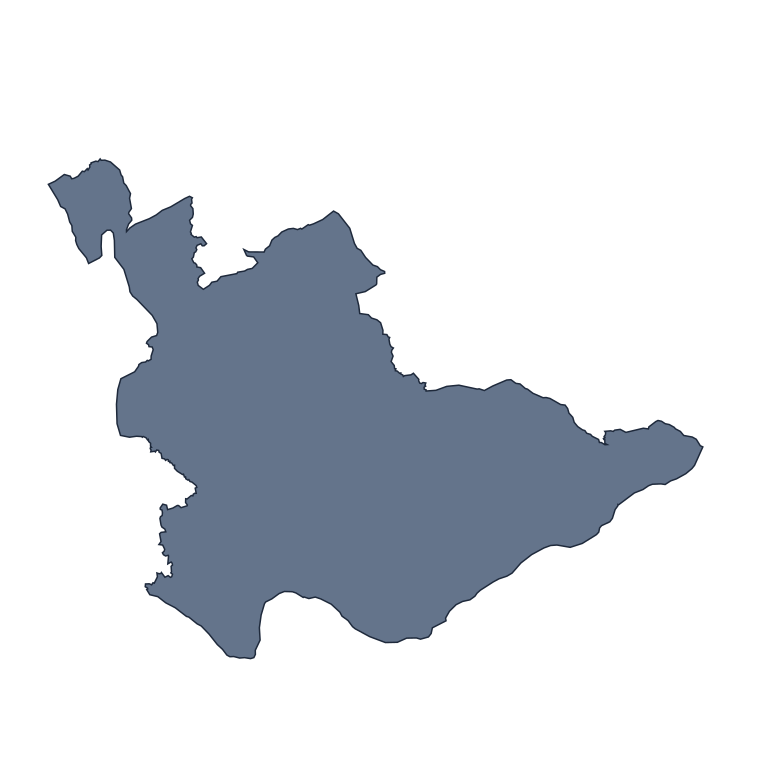 outline of Lawra, Upper West, Ghana, rotated 263°
{"feature_id": "2480657B49975124320145", "entity_name": "Lawra", "entity_type": "district", "adm_level": 2, "iso_a3": "GHA", "parent_name": "Ghana", "parent_adm1": "Upper West", "projection": "mercator", "projection_center": [-2.802, 10.62], "detail": "fine", "context": "isolated", "style": "filled", "palette": "slate", "viewbox_px": 768, "rotation_deg": 263, "n_neighbors": 0, "source": "geoboundaries", "source_scale": "gbopen_adm2", "svg_char_len": 6155}
<svg xmlns="http://www.w3.org/2000/svg" viewBox="0 0 768 768"><g transform="rotate(263 384 384)"><path d="M551.4,328.2L547.8,321.3L548.7,320.2L547.8,317.0L549.5,313.0L549.5,307.9L547.3,301.0L543.9,296.8L542.8,293.5L540.5,290.3L535.1,287.3L532.3,282.7L529.6,281.1L531.6,265.8L534.6,261.3L528.5,263.2L527.6,264.0L526.0,270.1L519.7,273.5L514.8,267.3L514.4,262.5L513.1,259.4L512.8,252.4L511.5,251.4L510.4,235.2L506.4,230.8L506.0,225.5L503.2,222.8L500.0,216.2L504.5,211.6L507.9,211.1L509.8,212.5L511.3,212.3L513.4,214.1L515.8,219.4L521.8,216.2L523.0,212.5L524.8,212.7L526.8,211.5L527.6,210.0L531.7,208.5L533.2,210.3L537.5,211.7L538.1,213.2L540.2,214.6L542.0,213.9L544.4,215.4L545.5,219.3L543.3,220.5L543.1,222.3L544.9,225.0L552.2,220.6L552.0,216.3L553.2,215.5L552.9,213.6L556.0,210.7L557.1,211.1L558.5,210.4L564.8,213.2L566.5,211.5L570.2,211.0L572.7,214.2L576.0,215.4L581.4,215.7L584.5,213.8L585.8,214.0L587.0,215.5L590.9,215.5L592.2,216.5L594.0,213.8L592.4,208.8L585.8,193.8L583.4,185.1L579.6,178.6L576.7,171.2L573.0,156.8L569.9,150.9L566.6,147.0L568.5,147.2L573.9,150.0L577.3,153.6L579.6,153.7L584.1,151.3L585.4,151.6L588.9,154.7L599.4,154.1L603.8,155.6L612.4,152.3L615.2,150.2L621.5,149.8L623.7,148.5L628.6,147.7L637.7,139.6L640.2,134.3L640.5,130.5L642.0,129.7L639.6,127.3L640.3,125.1L639.2,120.2L638.3,120.2L637.3,118.5L635.2,118.5L632.5,116.3L633.9,115.7L631.3,112.5L632.0,110.5L627.5,105.7L625.9,101.3L625.8,99.0L628.5,97.9L630.9,92.2L625.4,82.3L623.1,75.2L606.7,82.6L599.6,84.7L596.7,88.8L591.2,90.7L583.1,91.8L579.3,93.5L573.5,93.2L567.2,96.0L563.9,95.4L559.9,96.1L555.6,97.6L545.5,104.0L539.6,105.5L543.8,116.9L546.0,119.6L555.0,120.0L566.4,121.9L570.4,127.8L570.0,131.4L566.9,133.7L559.5,133.9L542.5,132.2L529.5,139.8L511.5,143.0L506.5,143.1L501.9,145.3L498.1,149.0L480.4,162.3L471.6,166.0L462.7,165.7L459.8,164.2L458.9,159.0L455.1,154.1L453.4,153.2L451.7,155.1L449.7,155.3L449.0,158.4L446.2,159.1L440.2,156.3L436.9,155.8L435.7,153.0L436.3,151.9L434.9,150.1L434.8,146.1L433.2,143.1L431.5,142.5L426.5,138.0L421.3,123.5L410.9,119.1L396.5,116.0L377.1,114.2L365.1,116.2L362.2,124.9L362.3,132.0L361.3,137.3L360.6,137.6L361.2,138.7L359.7,141.2L357.3,142.5L357.7,143.3L355.6,143.4L353.6,145.1L351.0,144.7L349.6,145.4L349.7,144.6L348.3,144.1L346.8,144.8L345.1,144.2L345.2,148.3L344.4,148.8L346.2,150.4L345.5,152.3L343.7,152.5L342.3,154.3L337.3,154.6L336.4,157.1L334.8,157.9L335.6,159.4L335.1,160.6L333.5,160.6L333.4,162.1L332.1,161.9L331.5,163.6L328.8,165.0L328.9,166.2L325.8,165.8L322.5,168.3L318.7,173.0L318.9,174.0L316.0,174.6L316.0,175.7L314.1,175.7L312.5,177.7L312.9,178.6L310.9,179.5L310.0,181.5L306.1,185.2L304.2,185.6L303.6,183.9L298.4,184.3L298.6,182.7L297.8,181.2L296.3,180.7L296.8,179.1L293.9,174.6L294.3,173.2L290.5,172.6L287.9,174.1L287.1,173.7L286.0,167.5L288.4,165.3L288.6,164.0L286.6,159.3L285.7,153.9L290.2,153.4L291.7,149.8L288.2,146.7L286.8,146.7L285.9,148.3L283.1,148.4L280.5,147.8L279.5,146.0L277.8,145.2L271.2,145.5L269.1,146.1L266.7,148.8L263.9,149.4L263.9,144.7L262.7,143.0L254.8,143.5L252.1,141.0L251.1,144.7L246.7,146.2L244.8,145.4L243.5,143.5L241.4,144.3L239.9,146.3L240.3,148.9L239.6,149.2L231.8,147.5L233.1,150.5L233.1,151.3L231.7,151.9L230.1,152.0L229.0,150.5L223.4,150.2L222.5,149.4L221.0,150.9L218.6,149.8L218.1,148.5L220.1,146.4L218.9,143.0L224.0,140.1L223.2,139.6L223.1,137.6L224.1,135.6L220.2,135.6L214.3,131.7L214.9,130.5L213.0,128.9L214.3,126.7L214.6,122.9L211.9,122.3L210.2,124.4L209.3,124.5L208.9,123.4L203.4,125.9L200.5,133.6L193.4,140.7L187.3,149.6L177.4,159.6L176.5,161.8L168.7,169.3L166.1,173.1L156.9,180.0L145.7,186.8L140.3,191.4L134.1,195.0L132.1,197.8L131.8,201.7L129.6,207.3L129.4,212.2L127.7,218.1L128.3,221.5L131.3,223.4L135.4,223.8L144.9,229.8L157.3,230.6L169.7,233.9L180.5,238.6L182.1,240.0L184.4,246.5L188.8,254.4L190.2,259.8L189.0,267.7L187.3,271.2L182.0,277.8L182.4,278.6L180.2,283.3L180.9,289.8L178.4,295.0L171.9,304.8L162.9,312.4L158.7,314.0L153.6,319.5L147.0,323.2L144.5,325.6L135.0,339.0L127.2,353.9L126.0,365.8L129.0,375.5L128.0,385.2L126.3,389.1L127.5,397.3L130.6,400.4L136.1,402.3L141.4,416.7L144.2,416.6L150.5,421.3L156.2,428.7L158.6,435.5L159.3,443.0L162.3,448.4L165.0,450.8L167.6,454.5L174.2,468.2L176.6,474.3L178.3,482.6L180.7,488.1L189.7,498.1L196.7,509.8L201.8,522.8L203.4,529.7L203.1,536.0L199.2,548.9L201.6,561.4L208.6,576.5L210.8,579.1L214.9,580.5L216.9,582.7L219.7,591.3L222.8,594.3L231.2,598.1L234.4,601.1L235.8,601.5L235.4,601.9L245.4,619.3L247.7,628.2L250.8,634.2L251.8,638.2L251.1,646.7L250.0,650.8L252.9,656.7L254.2,662.7L258.2,672.6L262.5,679.3L265.4,682.3L282.7,692.8L284.2,690.4L291.1,687.2L293.8,683.5L296.4,675.2L300.8,672.4L304.0,667.8L305.6,666.8L309.0,662.2L310.3,658.3L313.2,654.9L314.4,651.5L313.6,649.2L309.2,641.7L307.2,640.9L308.5,636.0L306.5,618.2L310.2,612.9L310.1,607.4L309.0,605.7L309.9,603.3L310.1,597.4L308.7,598.1L306.5,597.5L305.1,596.1L304.2,596.8L303.1,595.1L302.1,595.5L302.2,596.4L298.1,596.0L296.7,598.0L296.8,595.9L299.4,592.6L299.7,590.7L302.8,590.2L306.7,584.3L308.8,582.9L310.4,579.2L313.3,577.7L314.3,575.4L318.1,571.1L322.8,568.1L327.9,567.3L332.6,564.0L337.2,563.3L341.0,561.2L342.1,556.8L349.4,547.0L350.8,543.3L351.0,540.2L356.6,530.7L361.4,525.8L362.3,523.7L367.5,519.0L368.6,514.9L372.8,510.5L373.0,506.3L368.8,491.8L365.3,482.8L367.6,477.9L367.6,475.8L373.7,458.2L374.0,446.0L371.4,434.8L371.9,424.9L373.2,425.0L373.9,423.3L375.9,423.4L376.8,425.1L377.7,424.5L379.9,425.6L380.7,422.9L379.9,421.3L380.5,419.6L382.9,418.8L384.4,419.1L391.1,414.5L389.8,411.9L389.8,405.6L389.1,404.1L390.6,403.8L391.9,401.9L392.9,402.0L392.7,400.8L395.2,398.7L395.8,396.9L397.7,397.6L397.9,396.4L401.2,396.4L405.4,393.8L410.6,396.4L414.5,395.2L416.5,395.8L418.6,397.7L420.1,395.6L422.9,394.6L427.9,394.4L429.5,395.3L430.2,393.9L432.7,392.9L433.6,388.9L437.5,389.5L445.2,388.1L448.6,384.8L451.0,379.6L454.7,376.9L456.9,368.5L465.0,368.5L477.0,367.1L478.0,376.7L483.3,388.1L484.2,388.9L490.9,389.9L493.2,393.9L493.8,398.2L495.6,398.3L497.9,394.4L501.3,391.8L503.4,387.5L511.9,381.1L519.5,377.3L521.9,373.9L527.1,371.8L542.7,369.0L558.5,359.5L561.8,355.0L554.7,343.2L551.6,333.7L550.7,329.4L551.4,328.2Z" fill="#64748b" stroke="#1e293b" stroke-width="1.5"/></g></svg>